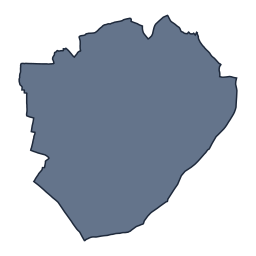 Ibadan South West, Oyo, Nigeria
{"feature_id": "59680162B83508950999506", "entity_name": "Ibadan South West", "entity_type": "district", "adm_level": 2, "iso_a3": "NGA", "parent_name": "Nigeria", "parent_adm1": "Oyo", "projection": "robinson", "projection_center": [3.862, 7.363], "detail": "fine", "context": "isolated", "style": "filled", "palette": "slate", "viewbox_px": 256, "rotation_deg": 0, "n_neighbors": 0, "source": "geoboundaries", "source_scale": "gbopen_adm2", "svg_char_len": 5467}
<svg xmlns="http://www.w3.org/2000/svg" viewBox="0 0 256 256"><path d="M143.0,224.0L143.4,223.6L144.3,220.8L145.7,218.9L147.8,216.0L149.4,214.3L150.5,213.1L151.7,212.1L154.3,210.3L157.5,208.1L160.1,206.1L163.2,203.9L166.0,201.9L167.4,201.4L167.9,199.1L174.2,189.3L177.6,184.4L181.3,175.7L185.0,171.3L191.1,167.3L193.1,165.7L194.5,164.6L195.4,163.8L197.7,161.5L199.8,159.2L202.5,156.1L204.5,153.8L205.7,152.6L207.4,150.2L208.2,149.5L209.2,149.0L210.4,146.7L212.1,143.4L216.1,136.6L218.4,134.4L223.8,128.9L225.4,126.9L226.9,124.7L228.6,121.9L230.2,119.5L230.9,118.3L231.9,116.7L233.4,114.2L234.4,112.2L235.4,109.4L236.0,107.2L236.1,104.6L236.3,101.4L236.6,97.0L236.9,90.6L236.5,88.1L235.6,84.2L235.8,81.4L236.6,78.0L233.7,77.5L231.4,76.8L229.6,76.5L226.8,76.9L223.7,77.2L222.0,77.2L219.7,76.6L219.8,76.1L219.8,75.3L219.8,74.4L219.8,74.1L219.8,73.7L219.7,73.1L219.7,72.6L219.6,72.2L219.5,71.6L219.2,70.8L219.2,70.2L219.1,69.3L219.2,69.1L219.2,68.8L219.2,68.6L219.3,68.2L219.4,67.4L219.5,66.8L219.9,66.1L220.3,65.5L220.8,64.8L220.9,64.6L220.7,64.4L220.2,64.1L220.0,63.8L219.0,63.4L217.3,61.5L215.8,59.8L214.3,58.2L212.3,56.7L211.4,55.7L211.1,55.3L210.7,54.7L210.1,53.8L209.7,53.1L209.3,52.7L208.6,51.9L207.7,51.0L206.6,50.0L205.9,49.3L205.3,48.6L204.8,48.2L204.3,47.3L203.5,46.6L201.9,44.7L200.1,42.1L198.6,39.0L198.3,37.6L198.3,36.4L197.5,34.5L197.1,33.5L197.3,32.8L196.6,32.3L196.2,33.2L195.6,34.4L195.4,34.6L195.2,35.0L193.7,33.2L193.3,33.5L192.9,33.8L192.2,33.9L191.3,33.9L190.4,33.8L189.9,33.5L189.3,32.8L188.9,32.3L188.5,32.1L188.2,32.5L187.9,33.0L187.6,33.4L187.4,33.6L187.0,33.7L185.7,33.5L185.2,33.5L184.4,33.3L184.0,33.0L183.2,32.3L182.8,32.2L182.3,31.9L181.7,31.7L181.2,31.5L180.5,30.0L179.9,28.5L179.1,27.4L177.2,26.1L175.1,24.3L173.7,23.3L171.6,21.9L170.8,21.2L170.1,20.1L169.0,18.0L167.9,15.8L167.4,15.4L163.3,17.2L158.9,21.1L155.8,24.0L154.9,25.4L154.1,27.4L153.4,30.2L152.6,33.8L151.6,35.9L149.5,38.0L148.1,38.9L146.1,36.4L144.4,34.3L143.4,32.8L142.8,31.0L142.5,29.4L142.4,28.3L142.4,26.8L142.4,26.0L139.4,24.9L138.0,24.1L137.6,23.8L134.8,22.8L132.4,21.9L131.1,21.4L131.1,21.0L131.2,20.5L131.2,19.4L130.7,18.5L129.8,18.3L126.3,19.0L123.7,19.7L122.1,20.7L120.3,21.2L116.4,21.9L114.7,22.2L113.1,22.8L111.4,23.3L110.4,23.9L108.5,23.8L107.9,23.9L106.3,24.5L104.3,24.9L102.8,25.8L102.0,26.7L100.6,27.8L99.3,28.9L98.0,30.3L96.8,31.4L95.1,32.6L93.5,33.0L91.1,33.2L88.5,33.3L87.9,33.5L86.1,33.8L85.6,34.5L85.0,34.9L84.1,35.3L82.9,35.5L81.8,35.6L80.8,35.8L79.6,36.3L79.3,36.6L79.1,37.1L79.4,38.1L79.6,39.0L80.0,40.2L80.2,41.3L80.2,42.6L80.2,43.6L80.2,44.7L80.1,45.9L80.2,48.8L80.6,50.8L80.4,51.1L80.0,51.1L79.7,51.1L79.4,51.2L79.0,51.5L78.6,51.8L78.3,52.0L77.8,52.4L77.5,52.8L77.1,53.6L76.3,54.6L75.3,55.8L75.1,56.0L74.9,56.4L74.5,56.9L74.3,57.1L72.8,55.8L71.4,54.0L70.3,52.7L69.4,51.6L68.3,50.4L67.1,49.3L65.9,48.3L65.6,48.6L65.3,48.9L65.0,49.0L64.7,48.9L64.2,48.8L63.8,48.7L63.4,48.8L63.2,49.0L63.4,49.4L63.5,49.7L63.5,50.0L63.3,50.5L63.0,50.7L62.5,50.7L61.8,50.7L61.3,50.7L60.8,50.7L60.5,50.8L60.1,50.9L59.5,51.0L59.0,51.0L58.7,51.1L58.3,51.0L57.9,50.7L57.7,50.6L57.4,50.6L57.2,50.6L57.0,50.8L56.9,50.9L56.7,51.1L56.5,51.3L56.2,51.7L55.8,52.1L55.1,52.3L54.7,52.6L54.5,53.1L54.5,53.6L54.4,54.3L54.3,55.0L53.3,56.5L52.9,57.2L52.7,57.9L52.6,58.7L52.6,59.2L52.9,59.9L53.3,60.7L53.7,62.0L53.9,63.3L53.3,63.7L52.4,63.7L51.4,63.9L50.6,63.9L50.3,63.9L48.5,64.1L47.0,63.9L45.5,63.9L42.9,63.9L37.8,63.8L32.9,63.6L27.6,63.5L26.5,63.4L25.4,63.4L24.8,63.5L24.5,63.6L23.9,63.5L23.0,63.4L22.3,63.4L21.2,63.6L20.8,64.4L20.6,65.6L20.7,66.5L20.6,67.5L20.5,68.8L20.6,71.1L20.4,72.6L19.9,73.9L19.6,76.0L19.7,77.2L19.6,77.8L19.3,78.6L19.1,79.4L19.4,80.0L19.1,80.8L19.4,82.3L20.0,84.7L21.6,86.2L22.1,87.0L22.1,87.4L22.0,89.1L21.9,89.9L22.4,89.9L23.3,90.0L24.2,90.1L24.4,90.5L24.3,91.5L24.3,92.8L25.0,93.0L26.0,93.0L26.6,93.1L26.8,93.3L26.7,95.3L26.7,96.8L26.7,98.6L26.7,100.8L26.7,103.2L26.9,104.9L26.9,107.0L27.0,108.7L27.0,110.0L27.0,111.0L26.9,111.9L26.7,113.3L26.6,114.2L26.6,114.9L26.7,115.5L26.8,115.8L29.6,116.9L32.0,117.5L33.7,118.0L33.3,120.7L33.0,122.4L32.2,125.8L31.3,131.6L32.4,131.9L34.0,132.2L34.8,132.2L35.0,132.8L34.9,133.7L34.4,135.2L34.1,135.8L33.9,136.5L33.8,137.9L33.4,139.3L33.0,141.1L32.6,143.2L32.0,145.6L31.4,148.0L31.0,148.9L30.9,149.5L30.7,150.2L31.2,150.5L31.6,150.6L33.6,151.4L35.5,152.0L37.9,152.9L40.8,153.7L44.9,154.8L46.3,155.6L48.0,156.9L48.5,157.4L48.9,158.1L48.8,158.5L48.4,158.9L46.5,160.3L45.5,161.1L45.4,161.7L45.4,162.8L45.0,165.0L44.5,167.6L44.0,167.6L42.5,167.6L42.3,168.6L42.2,169.3L41.5,170.5L40.9,171.1L39.8,172.4L39.2,173.1L38.7,173.7L38.0,175.0L37.0,176.4L35.8,178.2L35.2,179.2L34.8,180.1L33.8,181.5L35.7,183.0L38.3,185.0L40.2,186.6L43.5,189.5L46.3,192.1L48.7,194.1L49.5,194.8L50.9,196.0L52.6,197.6L55.6,200.0L57.4,201.6L58.2,202.4L58.8,203.3L62.2,208.3L64.6,211.9L66.8,214.9L68.8,217.7L71.1,220.9L72.9,223.7L75.2,226.9L76.8,229.1L77.2,229.5L77.9,230.3L79.5,231.8L79.9,232.4L80.7,233.9L82.4,237.1L84.4,240.6L84.8,240.6L85.2,240.3L86.0,239.5L86.8,239.1L87.8,238.7L89.1,238.0L90.6,237.4L91.6,237.1L93.1,236.9L96.1,237.0L97.9,236.7L101.1,236.1L103.9,235.7L106.2,235.5L107.4,235.4L109.3,234.9L110.8,234.5L112.6,234.3L113.5,234.1L115.5,233.6L116.1,233.5L119.1,233.3L119.8,233.3L120.6,233.1L121.8,232.8L122.9,232.6L124.6,232.6L125.9,232.5L127.0,232.3L128.0,232.2L128.9,231.7L130.3,231.1L130.9,230.6L131.3,230.2L135.9,226.8L136.4,226.5L137.4,226.1L139.6,225.3L140.9,224.7L143.0,224.0Z" fill="#64748b" stroke="#1e293b" stroke-width="1.5"/></svg>